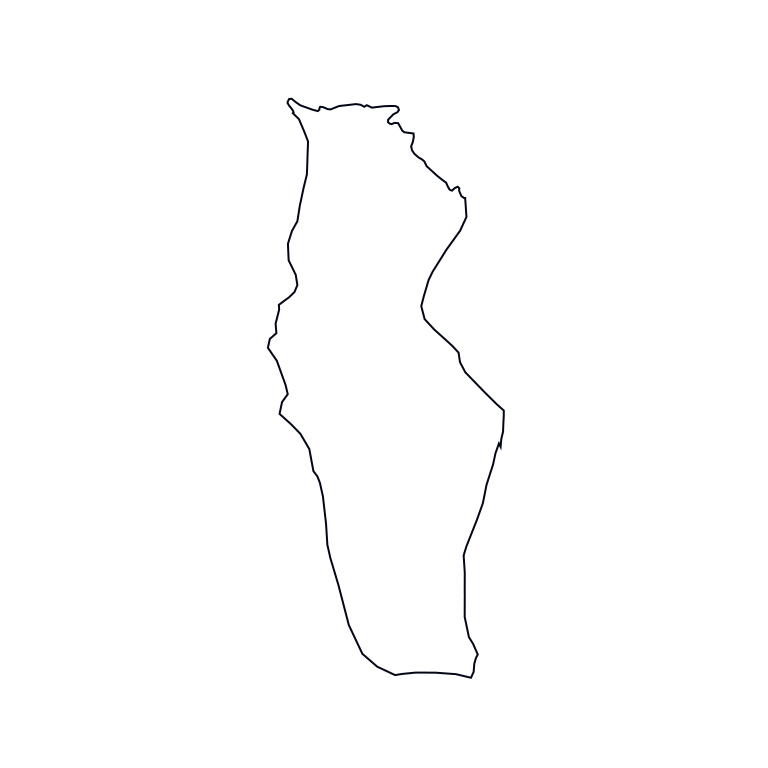 outline of Tchien, Grand Gedeh, Liberia, rotated 312°
{"feature_id": "62588387B79134287051190", "entity_name": "Tchien", "entity_type": "district", "adm_level": 2, "iso_a3": "LBR", "parent_name": "Liberia", "parent_adm1": "Grand Gedeh", "projection": "natural_earth1", "projection_center": [-8.022, 6.011], "detail": "fine", "context": "isolated", "style": "outline", "palette": "ink", "viewbox_px": 768, "rotation_deg": 312, "n_neighbors": 0, "source": "geoboundaries", "source_scale": "gbopen_adm2", "svg_char_len": 2290}
<svg xmlns="http://www.w3.org/2000/svg" viewBox="0 0 768 768"><g transform="rotate(312 384 384)"><path d="M223.9,645.2L228.0,643.9L228.9,643.6L230.0,643.3L236.5,638.3L241.8,635.7L245.7,634.7L250.5,624.1L252.7,616.5L264.9,599.8L281.8,584.7L282.4,584.1L298.1,570.0L309.9,557.9L318.7,553.8L345.1,544.0L361.2,537.4L365.9,534.7L377.4,527.8L388.9,522.6L397.4,518.8L407.1,513.2L416.7,509.2L415.3,512.7L421.7,507.9L428.2,504.4L434.3,499.3L440.5,494.3L444.4,490.8L444.4,481.1L445.2,464.4L445.3,462.9L447.1,436.6L451.0,426.0L457.2,418.4L458.0,409.5L458.1,399.6L458.1,390.4L458.1,384.9L459.4,370.8L466.8,359.6L476.4,354.6L491.3,347.5L499.0,345.3L500.0,345.0L525.8,340.5L547.7,338.1L548.5,338.1L563.3,333.5L576.5,319.9L575.9,319.5L575.4,315.8L577.8,310.6L579.9,308.9L579.9,306.8L577.0,305.5L573.2,305.2L572.3,302.9L573.4,299.4L575.2,295.4L574.7,290.9L574.3,284.1L574.4,269.9L576.4,265.1L576.3,261.7L575.5,258.3L575.4,252.6L576.4,248.5L578.7,245.2L583.5,243.3L587.7,240.7L589.9,238.3L587.3,234.5L586.4,233.2L584.7,230.7L584.5,228.1L587.3,220.0L585.0,217.0L582.3,215.9L581.3,214.0L581.3,211.8L583.2,210.2L590.6,210.5L595.0,212.1L597.6,211.8L599.0,209.2L598.2,206.5L594.6,202.4L590.1,197.8L581.3,190.1L579.7,184.7L576.8,183.8L575.9,179.8L573.1,175.7L568.5,171.7L560.5,164.6L552.4,160.6L550.7,158.4L549.1,153.8L547.4,151.1L546.3,151.2L544.4,152.5L542.5,152.2L539.9,147.1L535.1,135.3L534.4,129.5L534.2,124.6L532.4,122.8L529.5,123.5L528.3,124.3L527.4,127.1L526.9,130.5L526.1,133.8L525.3,135.1L524.3,135.0L523.9,143.6L517.8,156.7L513.4,165.3L502.5,174.4L495.3,180.5L488.1,186.5L475.8,193.1L463.4,200.3L461.0,201.6L447.0,210.7L436.1,213.2L435.3,213.6L429.3,216.3L423.9,218.8L412.1,230.4L406.1,245.3L399.6,253.4L392.6,255.9L390.2,255.8L384.7,255.4L378.7,254.1L372.5,252.9L369.0,256.4L356.4,263.0L349.8,270.0L341.1,269.0L333.2,273.5L329.5,289.0L328.7,290.4L320.4,305.9L320.1,306.5L317.5,311.3L317.2,311.8L312.0,319.3L302.4,320.3L293.4,325.5L291.9,326.4L291.9,342.1L291.0,355.3L285.7,372.0L279.4,380.2L273.3,388.2L272.0,389.9L270.7,396.5L267.6,402.6L262.3,410.0L259.7,413.7L241.4,434.4L226.5,449.6L225.2,451.5L218.7,460.7L204.0,484.8L181.3,519.2L169.0,548.5L169.4,568.3L169.7,569.2L175.1,587.0L180.8,591.6L190.8,600.7L203.9,615.4L216.5,631.6L223.9,645.2Z" fill="none" stroke="#020617" stroke-width="2"/></g></svg>